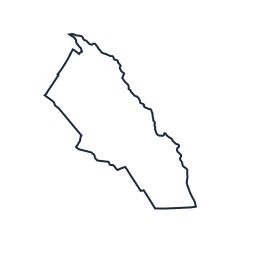 the district of Fratautii Vechi, Suceava, Romania, rotated 32°
{"feature_id": "2599482B91718162891517", "entity_name": "Fratautii Vechi", "entity_type": "district", "adm_level": 2, "iso_a3": "ROU", "parent_name": "Romania", "parent_adm1": "Suceava", "projection": "robinson", "projection_center": [25.9, 47.896], "detail": "fine", "context": "isolated", "style": "outline", "palette": "slate", "viewbox_px": 256, "rotation_deg": 32, "n_neighbors": 0, "source": "geoboundaries", "source_scale": "gbopen_adm2", "svg_char_len": 5588}
<svg xmlns="http://www.w3.org/2000/svg" viewBox="0 0 256 256"><g transform="rotate(32 128 128)"><path d="M193.6,181.9L202.4,176.5L205.1,174.6L207.2,173.2L210.5,170.9L214.4,168.3L217.4,166.1L223.0,162.3L227.2,158.8L225.5,157.0L224.1,155.5L221.7,154.0L217.9,151.9L214.0,149.3L211.1,146.9L209.1,145.5L206.7,143.2L204.5,138.2L203.8,137.3L201.8,134.4L200.8,132.7L200.4,132.1L199.8,131.8L199.0,131.5L198.3,131.4L197.6,131.4L196.0,131.3L195.2,131.3L194.8,131.1L194.4,130.9L193.7,130.3L193.1,129.5L192.1,128.8L191.8,128.5L191.4,128.2L190.7,127.9L189.8,127.5L189.2,127.2L188.4,126.6L188.2,126.0L188.2,125.3L188.1,124.7L188.0,123.9L187.9,123.4L187.5,123.0L186.4,122.6L185.6,122.3L184.7,122.2L183.5,122.0L182.7,121.8L182.0,121.4L181.4,120.9L180.9,120.2L180.7,119.5L180.5,118.8L180.9,118.1L181.1,117.3L180.9,116.5L180.6,116.0L180.2,115.6L179.5,115.5L178.6,115.6L177.8,115.9L176.8,116.0L175.8,115.8L175.0,115.7L173.7,115.4L172.6,115.2L172.0,114.7L171.3,114.3L170.7,114.0L169.9,113.9L169.1,114.0L167.7,114.1L167.0,114.0L166.3,113.9L165.2,113.8L163.9,113.3L163.3,113.0L162.6,112.8L162.1,112.9L161.7,113.2L161.8,113.6L162.0,114.2L162.2,114.9L162.1,115.5L161.6,116.1L160.8,116.7L159.9,117.0L159.4,117.3L158.8,117.8L158.3,117.9L157.7,118.0L156.8,118.1L155.8,117.8L155.2,117.6L154.8,117.3L154.4,117.0L153.9,116.6L153.6,116.2L153.2,116.0L152.8,115.7L152.4,115.3L151.8,115.0L151.7,114.6L151.5,114.4L151.3,113.9L151.1,113.4L150.1,112.4L149.4,112.1L148.9,111.5L148.5,110.8L148.4,110.5L148.3,109.8L148.0,109.3L147.5,108.8L146.8,108.6L146.0,108.4L145.4,108.1L145.1,107.8L144.9,107.3L144.3,106.5L143.2,105.7L142.9,105.2L141.7,103.6L141.2,103.0L140.6,102.3L139.5,101.7L138.6,100.8L138.0,100.4L137.4,100.2L136.8,100.2L135.7,100.8L134.7,101.0L133.8,101.1L133.1,101.3L132.5,101.4L131.9,101.4L131.3,101.4L130.6,101.4L130.1,101.1L129.7,101.0L129.7,100.7L129.7,100.2L129.4,99.9L129.0,99.7L128.3,99.6L127.8,99.7L126.8,99.9L125.7,100.1L125.3,100.1L125.0,100.1L124.7,99.9L124.2,99.3L123.5,98.4L122.9,98.0L121.9,97.5L120.8,97.0L120.2,96.8L119.7,96.7L119.1,96.7L118.6,96.7L118.2,96.7L117.3,97.0L116.8,97.0L116.2,97.0L115.8,96.9L115.2,96.8L114.2,96.5L113.2,96.1L112.4,96.1L111.9,96.0L111.7,95.7L111.2,95.5L110.3,94.8L109.5,94.7L108.8,94.6L108.5,94.5L108.1,94.6L107.7,94.4L107.4,94.0L107.2,93.3L106.5,92.4L105.6,91.5L105.0,91.3L104.2,91.2L103.6,91.0L101.9,90.6L100.9,90.4L100.2,90.2L99.3,89.8L98.2,89.3L96.5,88.4L96.4,87.8L96.4,87.2L96.2,86.1L96.0,84.6L95.9,84.1L95.7,83.7L95.4,83.6L94.8,83.6L94.0,83.6L93.2,83.5L92.7,83.4L92.2,83.3L91.3,82.8L90.9,82.5L90.3,82.2L90.0,82.0L89.4,81.7L89.2,81.3L88.8,80.7L88.9,80.3L89.0,79.9L89.0,79.6L88.9,79.5L88.8,79.3L88.6,79.1L88.2,78.9L87.8,78.6L87.2,78.5L86.8,78.3L86.0,78.1L85.5,78.0L85.1,77.9L84.8,77.6L84.5,77.3L84.3,77.0L83.9,76.7L83.5,76.5L82.7,76.4L82.2,76.4L81.7,76.5L81.3,76.8L81.0,77.0L80.2,77.2L79.7,77.1L79.0,76.6L78.6,76.2L78.4,75.9L78.2,75.8L77.9,75.5L77.6,75.4L76.8,75.3L76.1,75.6L75.5,76.0L74.9,76.2L74.3,76.5L73.5,76.5L70.7,76.9L68.6,77.4L67.3,77.7L66.4,77.9L65.6,77.8L65.1,77.7L64.5,77.5L64.3,77.4L63.9,77.3L63.6,77.1L63.2,77.0L62.7,76.9L62.3,76.8L62.0,76.7L61.5,76.5L61.1,76.4L60.4,76.0L59.1,75.4L58.4,75.1L57.6,74.8L56.7,74.6L56.2,74.3L55.7,74.2L55.2,74.2L54.7,74.3L54.4,74.4L54.2,74.6L54.0,74.9L53.7,75.7L53.2,76.3L53.1,76.5L52.9,76.7L52.7,76.8L52.2,76.9L51.5,77.0L51.2,77.0L50.7,77.1L50.3,77.0L49.8,77.0L48.0,76.5L47.2,76.3L46.6,76.2L46.1,76.2L45.7,76.2L44.4,76.5L44.1,76.6L43.8,76.5L43.5,76.4L43.2,76.2L42.7,76.0L41.9,75.4L41.6,75.2L41.3,75.0L40.9,74.9L40.5,74.9L39.6,75.0L39.0,75.2L38.4,75.4L37.1,75.8L36.5,76.1L35.6,76.7L35.4,76.8L35.2,76.9L34.9,76.9L34.2,77.0L33.2,77.2L32.0,77.5L31.3,77.6L30.7,77.9L30.2,78.3L30.0,78.7L29.7,78.9L29.4,79.3L29.1,79.6L28.8,79.8L29.3,79.9L29.6,79.9L30.0,79.7L30.4,79.6L30.6,79.6L30.9,79.7L31.1,79.8L31.5,79.8L31.9,79.8L32.0,79.7L32.2,79.8L32.4,79.7L32.6,79.7L32.9,79.6L33.2,79.6L33.6,79.6L33.8,79.8L34.1,79.8L34.4,79.8L34.7,79.9L35.1,80.0L35.4,80.1L35.6,80.1L35.9,80.4L36.1,80.6L36.3,80.6L36.6,80.7L37.1,80.8L37.5,81.1L37.7,81.3L37.8,81.6L38.0,81.8L38.1,82.1L38.3,82.3L39.2,83.1L39.5,83.3L40.2,83.6L41.5,84.0L42.7,84.5L43.4,84.8L44.2,84.9L44.7,85.0L45.7,85.3L46.4,85.6L46.6,85.8L46.8,86.3L47.2,86.7L47.6,86.9L48.0,87.1L48.3,87.5L48.4,88.0L48.1,88.1L47.8,88.6L47.5,89.5L47.4,90.0L47.3,91.2L46.7,91.1L45.7,90.9L41.2,90.6L39.6,90.6L39.7,91.9L39.7,93.1L39.8,95.2L39.8,96.2L40.1,96.2L40.2,98.8L40.4,101.6L40.5,102.7L40.5,105.4L40.5,109.9L40.5,113.2L39.9,119.9L41.0,119.9L40.8,129.8L40.4,140.8L40.4,141.8L40.6,141.9L40.0,144.4L42.8,144.6L45.8,144.8L48.9,145.0L50.3,145.2L50.6,145.2L51.0,145.3L52.2,145.9L52.9,146.5L53.1,146.7L53.3,147.0L53.6,147.1L54.3,147.4L54.9,147.7L55.4,147.7L56.5,147.8L58.5,147.9L59.0,148.1L61.1,148.7L61.7,149.0L66.2,150.4L69.8,151.6L73.7,152.9L81.0,155.3L83.5,156.1L90.2,158.3L92.1,158.8L92.4,159.0L92.2,159.2L92.1,159.4L94.1,164.5L94.1,166.2L94.2,168.5L94.2,170.0L94.0,171.7L95.0,171.9L96.4,172.0L97.7,172.0L98.9,171.7L105.4,169.5L108.5,168.6L109.5,168.2L110.2,168.2L110.7,168.3L111.3,168.5L111.6,168.5L112.1,168.4L113.7,168.7L114.2,169.1L114.7,169.6L115.3,170.3L115.8,170.7L116.6,171.1L117.4,171.4L118.6,171.7L119.8,171.6L123.5,169.8L127.1,168.1L129.4,167.0L130.0,167.2L130.5,167.6L131.1,168.2L131.3,168.4L132.1,168.7L132.5,168.7L133.5,168.2L134.4,167.6L134.7,167.4L135.0,167.5L135.7,167.6L136.6,167.6L136.9,167.7L137.6,168.1L138.8,168.5L139.8,168.9L140.5,168.9L141.3,169.2L141.7,168.8L143.6,165.8L146.2,162.6L147.6,163.1L148.6,163.5L150.0,164.1L150.9,164.6L152.2,165.3L158.8,168.4L163.4,170.5L172.1,174.6L174.3,172.5L183.1,176.7L189.4,179.8L193.6,181.9Z" fill="none" stroke="#1e293b" stroke-width="2"/></g></svg>